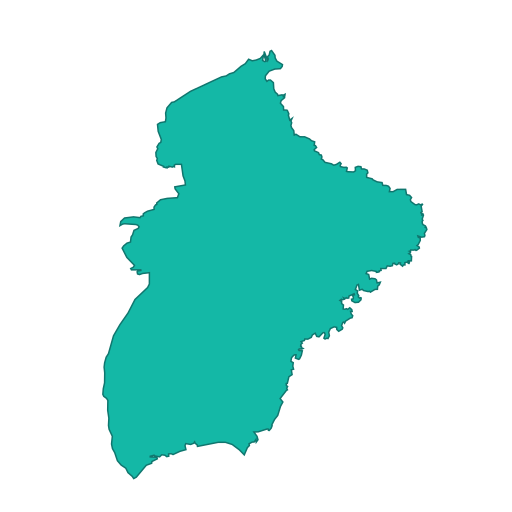 the district of Pabna, Rajshahi, Bangladesh, rotated 81°
{"feature_id": "16705992B46384724638491", "entity_name": "Pabna", "entity_type": "district", "adm_level": 2, "iso_a3": "BGD", "parent_name": "Bangladesh", "parent_adm1": "Rajshahi", "projection": "robinson", "projection_center": [89.41, 24.081], "detail": "fine", "context": "isolated", "style": "filled", "palette": "teal", "viewbox_px": 512, "rotation_deg": 81, "n_neighbors": 0, "source": "geoboundaries", "source_scale": "gbopen_adm2", "svg_char_len": 6081}
<svg xmlns="http://www.w3.org/2000/svg" viewBox="0 0 512 512"><g transform="rotate(81 256 256)"><path d="M250.2,381.2L251.6,372.0L252.3,372.0L252.3,375.1L253.0,375.9L255.2,375.8L256.1,374.0L255.5,370.7L255.8,363.9L267.0,365.7L270.2,368.0L280.0,382.3L292.3,391.3L302.5,401.1L312.5,409.2L329.4,417.0L332.5,419.8L337.8,422.2L342.0,423.4L347.8,423.7L357.6,425.4L363.2,427.6L368.7,428.9L370.8,428.3L373.2,425.9L375.5,424.9L385.1,426.6L393.2,426.7L400.3,428.2L404.2,428.2L411.6,426.1L419.1,428.1L423.8,427.9L428.1,426.3L436.5,424.9L441.4,421.9L445.2,417.8L450.0,416.3L454.3,412.7L456.7,411.6L455.7,408.8L445.5,397.1L444.4,391.5L442.7,391.0L440.9,385.2L439.3,385.4L437.9,391.9L437.2,391.8L436.8,387.8L437.6,387.3L439.3,382.6L437.6,380.2L438.5,377.1L440.2,375.6L440.1,373.5L437.8,373.3L438.0,370.7L439.1,369.0L437.0,361.6L436.3,355.5L432.2,355.8L430.3,354.7L431.9,350.0L431.2,346.8L430.0,345.7L431.6,345.3L433.2,343.7L434.9,343.6L434.1,322.4L435.2,315.4L438.4,309.0L444.9,302.7L450.6,298.7L443.9,294.5L442.2,292.2L440.4,292.3L439.2,288.9L439.4,286.9L437.2,284.8L439.9,284.9L437.8,282.8L434.3,283.2L429.5,285.6L430.0,281.4L428.6,272.1L428.9,271.0L430.1,271.0L430.4,270.3L428.5,268.0L426.1,266.6L425.4,266.9L420.4,263.3L416.9,259.5L408.3,255.3L404.4,252.3L400.6,254.5L393.5,247.0L393.1,245.9L391.4,246.4L389.8,245.2L388.7,246.3L386.7,246.1L386.7,245.0L380.4,242.4L378.8,238.9L373.9,238.9L373.7,236.6L370.6,236.9L367.2,235.9L365.5,238.0L362.0,236.8L360.0,234.3L359.6,233.0L359.9,231.9L363.0,233.1L364.8,229.9L364.3,229.0L361.0,226.7L356.9,225.1L356.1,228.2L355.3,228.7L354.5,227.8L355.1,225.3L354.7,224.0L353.7,225.4L352.2,225.3L352.1,226.0L350.4,225.6L349.3,223.9L347.6,224.9L347.0,221.4L345.6,220.8L346.2,217.8L345.0,214.1L342.8,212.7L341.5,209.6L344.9,208.6L345.7,206.4L342.2,201.8L342.4,200.4L344.3,200.0L347.8,201.8L348.8,200.8L348.3,198.9L348.8,197.8L346.3,196.0L342.6,196.1L339.3,193.9L338.2,189.9L339.1,187.5L341.2,187.7L343.3,186.1L341.8,182.3L340.5,181.5L338.2,182.4L335.2,180.7L334.9,179.6L336.2,179.0L334.3,177.7L332.1,172.6L332.0,170.8L330.1,169.8L328.2,171.0L325.5,171.3L325.8,169.7L323.9,169.8L321.8,171.5L323.1,173.8L322.2,174.9L322.5,176.6L322.0,178.2L318.1,177.3L316.3,178.9L314.3,178.5L313.0,180.1L312.1,178.4L312.8,177.9L312.5,175.4L311.2,175.9L311.9,174.9L311.3,173.3L311.9,172.9L312.0,171.0L310.1,170.4L308.6,165.0L309.7,164.8L310.0,167.0L311.5,166.3L312.9,166.5L313.6,166.8L313.6,168.4L315.2,168.4L317.5,165.5L317.7,162.0L315.7,159.2L313.9,158.7L313.5,159.1L313.8,160.3L312.4,161.4L311.4,160.7L308.6,161.8L306.4,161.1L304.6,163.1L300.5,160.8L300.1,159.3L305.9,159.2L305.5,156.3L306.9,155.2L308.7,150.8L308.6,149.4L309.6,148.7L307.6,143.7L307.9,141.3L304.8,140.5L303.8,138.8L301.3,137.3L301.5,140.6L298.4,140.8L297.1,142.0L296.1,145.3L296.6,147.4L291.9,147.6L290.6,150.0L288.5,148.7L288.4,144.1L290.1,139.4L291.0,139.6L291.1,138.1L290.8,136.7L290.0,136.7L289.8,134.7L287.9,134.7L288.7,129.6L286.3,127.9L287.1,125.1L286.9,122.8L284.7,121.9L284.8,120.3L285.4,120.3L286.7,118.5L286.2,117.0L285.0,116.0L285.5,114.4L286.6,115.0L289.0,112.8L287.9,111.8L288.1,110.3L285.8,110.0L285.7,107.3L287.1,106.7L287.3,106.0L286.0,105.4L284.9,106.7L284.5,106.4L285.1,103.3L280.8,102.4L280.4,103.0L279.0,102.9L277.6,104.7L276.9,103.0L275.9,102.7L275.3,103.6L275.2,102.7L274.3,102.3L274.9,98.9L274.5,97.9L275.5,97.2L275.5,96.5L273.8,93.4L272.7,93.4L270.9,95.4L269.9,93.9L266.3,91.3L264.0,91.0L262.9,92.8L261.5,93.0L263.3,89.5L263.3,86.6L262.2,86.0L259.9,86.1L256.6,83.1L254.9,83.3L254.2,84.2L253.9,83.6L252.8,84.0L251.1,86.2L249.7,86.6L247.8,86.5L247.0,85.6L245.6,86.1L241.8,84.2L241.3,84.4L241.4,85.6L240.4,84.9L240.2,86.0L238.8,86.3L238.3,85.0L232.5,85.1L231.2,83.5L230.7,83.8L231.3,85.2L230.0,87.2L230.6,89.3L230.2,90.8L226.4,94.6L224.4,94.7L222.6,93.2L220.1,94.8L218.9,97.7L213.6,97.8L212.3,106.1L213.9,110.5L213.3,114.2L210.2,113.0L207.8,114.2L206.7,116.3L206.1,119.7L203.2,120.0L201.7,124.8L199.1,128.5L197.9,129.2L195.7,134.4L192.4,133.9L191.4,132.5L188.7,132.7L187.0,135.4L186.5,138.2L184.2,138.4L183.4,141.2L184.0,144.1L187.3,144.4L188.3,146.4L187.1,152.2L186.6,153.4L183.3,152.1L182.5,152.8L182.2,155.5L180.9,158.6L179.9,158.8L178.1,157.5L176.5,158.5L178.1,162.2L178.5,165.0L176.7,167.1L174.3,173.2L171.4,174.9L170.5,176.3L168.5,175.4L166.5,175.7L165.8,177.6L163.7,178.1L161.3,181.8L160.0,181.9L158.3,179.2L156.3,180.0L155.8,181.2L152.4,180.2L150.8,183.2L148.7,184.9L145.9,189.3L145.1,194.0L142.0,197.5L142.5,199.3L138.1,199.1L134.8,200.8L132.5,201.1L130.0,199.9L128.1,200.4L125.8,198.9L127.1,201.4L121.8,202.0L120.8,201.3L117.5,202.2L116.8,202.6L116.1,205.9L112.7,205.5L108.9,208.0L106.5,206.9L104.1,203.0L103.3,202.9L103.0,203.6L102.6,202.6L100.8,202.0L101.5,204.2L100.9,205.0L101.0,209.3L99.6,209.4L97.2,211.4L93.7,212.3L87.5,211.7L84.5,214.2L84.2,216.0L85.2,217.9L82.4,219.2L79.5,218.5L75.5,214.1L74.3,208.2L74.8,202.6L72.9,200.5L71.1,199.9L66.8,204.9L63.3,206.1L60.7,205.9L55.5,208.5L56.0,210.1L59.5,211.5L61.1,213.6L63.3,213.0L64.8,213.9L55.3,215.9L58.4,216.6L65.3,215.7L65.3,217.2L63.9,218.9L58.5,217.1L61.5,220.8L62.5,225.2L62.6,229.2L60.5,232.5L64.4,236.5L66.3,241.1L71.3,249.2L71.9,253.7L73.5,257.3L73.7,262.0L83.1,294.9L91.0,312.6L91.1,315.3L95.7,320.7L100.7,322.9L105.6,323.3L109.2,324.5L109.3,329.7L110.6,332.7L117.6,333.1L126.1,331.3L128.9,332.3L129.6,334.1L132.8,336.8L134.6,336.2L138.1,338.7L142.0,339.1L144.4,338.2L146.0,339.1L149.8,338.3L153.0,333.2L153.6,333.5L154.8,331.0L155.0,330.0L154.2,330.0L154.6,328.3L153.7,328.0L155.1,324.7L154.7,323.7L155.2,322.6L153.4,322.4L152.9,320.9L153.8,315.3L165.4,315.5L170.8,314.4L174.8,314.6L175.0,325.4L177.0,325.4L182.4,322.5L186.1,324.5L185.2,334.7L185.5,341.5L188.1,345.8L189.6,345.9L189.8,347.2L191.8,349.1L194.0,349.3L194.8,356.2L195.9,359.2L196.8,360.8L198.7,361.0L198.8,363.4L200.0,364.5L198.2,370.8L197.9,379.9L200.8,384.2L204.7,385.6L203.6,382.7L203.6,380.6L206.1,369.8L207.0,368.0L208.8,366.9L210.3,368.0L211.6,372.5L215.8,374.6L217.7,376.4L222.6,377.8L223.1,381.4L225.3,385.1L227.3,387.0L237.2,383.8L246.2,377.5L247.9,378.9L248.8,381.7L250.2,381.2Z" fill="#14b8a6" stroke="#0f766e" stroke-width="1.5"/></g></svg>